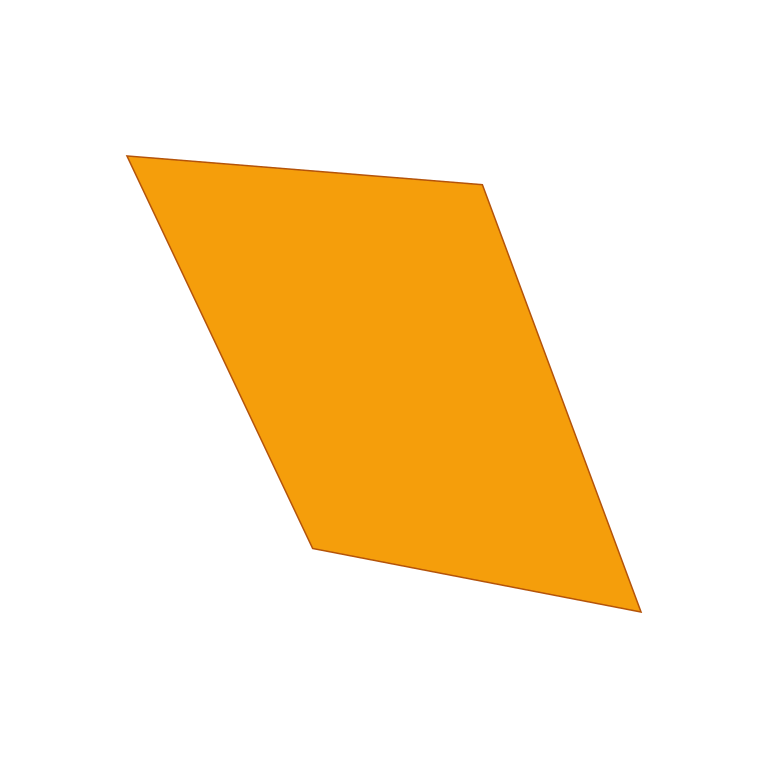 the District of The Quarter, rotated 71°
{"feature_id": "AIA-5125", "entity_name": "The Quarter", "entity_type": "District", "adm_level": 1, "iso_a3": "AIA", "parent_name": "Anguilla", "parent_adm1": "", "projection": "natural_earth1", "projection_center": [-63.039, 18.231], "detail": "fine", "context": "isolated", "style": "filled", "palette": "amber", "viewbox_px": 768, "rotation_deg": 71, "n_neighbors": 0, "source": "natural_earth", "source_scale": "10m", "svg_char_len": 241}
<svg xmlns="http://www.w3.org/2000/svg" viewBox="0 0 768 768"><g transform="rotate(71 384 384)"><path d="M516.3,505.0L84.7,552.8L181.7,331.0L227.6,226.1L683.3,215.2L516.3,505.0Z" fill="#f59e0b" stroke="#b45309" stroke-width="1.5"/></g></svg>